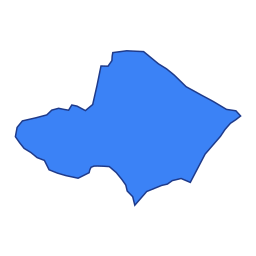 map outline of Monte Plata (Robinson projection)
{"feature_id": "DOM-1981", "entity_name": "Monte Plata", "entity_type": "Province", "adm_level": 1, "iso_a3": "DOM", "parent_name": "Dominican Republic", "parent_adm1": "", "projection": "robinson", "projection_center": [-69.861, 18.831], "detail": "fine", "context": "isolated", "style": "filled", "palette": "blue", "viewbox_px": 256, "rotation_deg": 0, "n_neighbors": 0, "source": "natural_earth", "source_scale": "10m", "svg_char_len": 869}
<svg xmlns="http://www.w3.org/2000/svg" viewBox="0 0 256 256"><path d="M15.4,136.7L17.1,127.4L22.4,120.9L35.9,117.8L46.8,114.9L51.8,110.1L58.6,108.3L64.0,109.4L68.6,110.2L71.8,105.0L77.0,106.1L85.4,110.6L92.7,104.5L97.1,85.1L101.0,66.0L108.0,66.2L111.9,60.6L112.2,56.0L112.8,52.6L126.6,50.8L143.6,51.6L151.0,57.7L158.4,63.8L166.6,68.9L174.1,75.0L186.1,86.7L200.8,94.8L213.8,101.8L226.5,109.4L235.9,110.8L240.6,116.0L235.7,119.8L230.4,123.3L225.0,129.5L220.4,136.4L205.1,154.1L190.3,182.4L181.1,178.5L172.3,180.6L167.4,184.1L161.7,185.4L146.7,191.5L134.8,205.2L132.7,196.7L127.2,191.0L125.8,185.1L122.2,179.9L116.3,172.6L109.3,166.6L103.3,166.2L97.3,166.0L94.0,166.1L91.0,167.3L89.8,169.9L89.1,172.7L78.1,178.2L65.9,175.6L57.4,173.1L49.1,169.8L44.4,160.4L37.1,157.6L30.9,152.5L24.1,148.4L19.6,142.7L15.4,136.7Z" fill="#3b82f6" stroke="#1e3a8a" stroke-width="1.5"/></svg>